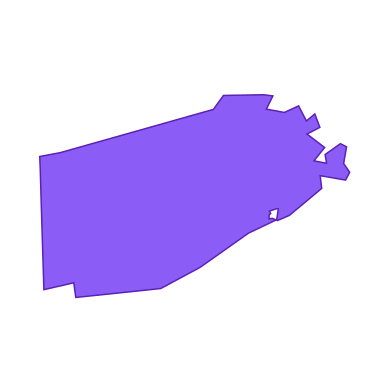 Boyle, Kentucky, United States of America (Robinson projection), rotated 353°
{"feature_id": "52423323B49829499016472", "entity_name": "Boyle", "entity_type": "district", "adm_level": 2, "iso_a3": "USA", "parent_name": "United States of America", "parent_adm1": "Kentucky", "projection": "robinson", "projection_center": [-84.779, 37.625], "detail": "fine", "context": "isolated", "style": "filled", "palette": "violet", "viewbox_px": 384, "rotation_deg": 353, "n_neighbors": 0, "source": "geoboundaries", "source_scale": "gbopen_adm2", "svg_char_len": 703}
<svg xmlns="http://www.w3.org/2000/svg" viewBox="0 0 384 384"><g transform="rotate(353 192 192)"><path d="M40.9,185.5L33.1,270.9L63.6,267.7L63.8,282.5L149.2,284.0L190.8,267.8L243.1,239.7L272.1,230.0L268.4,227.9L265.2,228.1L265.7,224.4L267.5,222.9L266.4,220.4L273.9,218.9L275.6,219.2L274.8,222.3L272.6,230.0L273.2,230.8L285.8,227.1L321.2,204.2L321.2,191.4L345.9,198.9L350.9,191.6L346.0,182.2L350.9,166.0L345.2,162.1L328.7,171.0L329.0,179.9L316.9,175.9L329.1,164.0L313.2,148.5L326.8,143.4L323.4,129.5L314.2,135.4L308.3,119.5L293.4,124.3L275.9,118.8L284.0,106.5L275.0,104.2L235.0,100.0L223.3,112.6L65.9,136.9L45.2,138.2L44.0,152.5L40.9,185.5Z" fill="#8b5cf6" stroke="#5b21b6" stroke-width="1.5"/></g></svg>